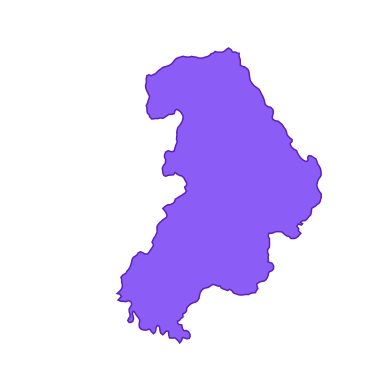 Gouveia, Minas Gerais, Brazil (Natural Earth projection), rotated 328°
{"feature_id": "56859067B21802883811308", "entity_name": "Gouveia", "entity_type": "district", "adm_level": 2, "iso_a3": "BRA", "parent_name": "Brazil", "parent_adm1": "Minas Gerais", "projection": "natural_earth1", "projection_center": [-43.859, -18.506], "detail": "fine", "context": "isolated", "style": "filled", "palette": "violet", "viewbox_px": 384, "rotation_deg": 328, "n_neighbors": 0, "source": "geoboundaries", "source_scale": "gbopen_adm2", "svg_char_len": 5197}
<svg xmlns="http://www.w3.org/2000/svg" viewBox="0 0 384 384"><g transform="rotate(328 192 192)"><path d="M272.6,276.2L275.2,275.9L278.1,274.8L280.7,274.2L282.6,272.1L284.9,269.3L287.4,269.3L289.3,269.4L291.3,268.9L293.6,268.9L295.4,268.1L297.0,266.6L299.2,264.5L300.6,261.8L300.3,258.9L300.4,256.7L300.6,254.4L301.6,252.1L303.2,250.5L305.1,248.8L307.0,247.8L308.8,247.2L310.4,246.1L311.9,243.8L313.2,240.6L313.6,237.7L313.4,234.8L314.2,231.8L314.6,229.6L313.5,227.4L312.4,224.8L310.3,223.0L308.5,223.9L307.4,226.3L305.6,226.9L304.1,225.6L303.0,223.4L302.2,220.4L301.9,217.0L302.2,214.7L302.6,212.3L301.3,210.0L300.3,206.9L300.3,204.1L301.5,202.5L303.4,202.4L304.7,200.5L303.5,197.7L302.9,193.8L304.0,191.1L304.4,188.6L304.2,185.3L304.2,182.5L303.5,180.5L302.7,177.8L300.3,175.6L299.1,173.1L299.6,171.1L301.3,169.5L303.1,167.7L304.3,165.0L303.7,162.0L301.6,159.9L300.4,156.8L301.4,153.9L302.2,151.2L302.7,148.5L302.9,144.9L303.2,142.8L303.2,140.3L302.1,137.6L301.0,135.0L300.6,132.3L300.4,129.0L301.1,126.5L301.9,124.7L302.8,122.9L303.7,120.8L304.4,118.4L303.9,116.1L303.0,113.9L301.4,112.3L300.2,110.2L301.8,107.5L303.1,105.1L303.9,101.6L305.5,99.3L304.0,98.2L303.0,96.3L300.6,94.9L300.5,91.9L299.4,89.3L296.8,89.3L293.7,89.8L291.5,89.4L289.5,88.0L287.2,86.5L286.0,85.0L283.8,85.6L281.5,84.8L279.6,85.5L277.4,85.4L274.9,84.7L272.8,84.2L271.0,83.5L268.7,82.0L267.2,80.0L265.2,78.4L263.4,76.7L261.1,76.1L258.7,74.5L256.1,72.0L253.7,71.5L251.6,70.8L249.6,70.5L247.7,70.8L245.5,71.6L242.9,72.5L239.7,72.6L236.4,71.8L233.4,70.8L230.8,71.2L228.7,71.2L226.3,71.7L223.9,72.3L221.7,72.0L219.1,71.8L217.6,69.8L215.4,69.4L213.2,71.7L211.3,75.0L209.0,77.1L207.8,79.7L207.3,82.5L206.9,85.4L206.8,88.0L205.5,89.6L203.6,91.0L201.4,93.0L198.9,94.6L198.4,96.7L197.1,98.9L196.0,101.4L196.5,103.6L196.0,106.3L196.5,108.8L198.5,109.7L200.7,110.8L202.3,111.9L204.1,112.2L206.5,114.1L208.8,114.2L211.2,114.1L213.7,113.9L215.6,115.3L218.4,116.1L220.6,114.1L222.7,113.7L224.3,116.4L224.9,119.1L224.7,123.0L222.9,125.3L221.3,126.8L219.0,128.0L216.6,129.2L214.4,129.7L212.4,131.4L210.6,133.4L209.6,135.5L208.1,137.3L206.7,139.2L206.3,141.3L204.4,142.8L202.5,144.2L200.9,145.7L198.6,147.8L196.2,147.2L194.9,145.8L193.5,144.3L190.9,144.2L188.3,146.0L187.1,148.0L186.8,150.8L184.3,153.7L182.0,154.3L179.5,156.0L178.2,158.6L177.4,160.5L176.9,162.6L177.9,164.7L180.7,165.2L182.9,166.3L185.4,167.6L188.1,166.5L188.9,169.2L190.3,171.5L192.0,173.1L192.6,176.0L192.3,178.8L192.2,181.6L190.6,183.7L188.4,183.8L187.9,185.9L187.8,188.1L185.8,189.2L183.4,189.2L181.5,189.4L178.9,189.2L176.3,189.3L174.0,189.2L172.2,190.9L169.8,191.6L167.1,191.3L164.9,190.1L162.9,189.9L160.7,190.1L158.5,190.5L158.9,192.8L159.0,195.4L158.5,198.5L156.9,200.0L154.5,200.1L151.9,200.2L149.8,200.7L147.9,201.0L146.0,201.7L143.9,202.8L142.4,205.4L141.4,207.3L139.5,208.7L137.3,210.1L135.4,210.8L133.4,212.1L131.5,213.3L131.6,215.8L130.1,217.4L128.3,218.2L126.2,219.1L123.7,220.3L121.1,220.9L119.2,219.5L118.1,217.4L116.5,215.3L113.9,215.2L112.0,216.2L109.8,216.4L107.9,216.3L106.1,217.0L103.9,219.1L102.0,221.0L100.3,222.3L97.6,223.9L94.8,224.7L92.6,226.0L89.5,225.7L86.6,226.6L85.9,229.0L84.6,231.2L83.8,233.7L82.4,235.8L80.2,237.2L77.6,237.9L74.7,238.4L76.5,240.2L76.9,243.1L74.7,243.7L72.0,244.5L73.9,247.1L75.7,248.3L77.5,249.8L80.7,250.5L82.2,253.4L81.1,255.5L79.1,256.7L76.6,257.9L75.2,260.6L74.5,263.2L73.3,264.9L71.5,265.6L69.4,266.9L69.6,269.5L71.3,270.2L73.1,270.4L75.1,268.8L76.2,266.6L76.9,263.7L78.7,261.9L79.8,263.6L79.5,265.6L79.7,268.4L80.0,271.2L79.6,273.2L78.3,274.7L76.9,276.4L75.7,278.9L76.1,281.3L77.8,283.3L79.5,284.6L81.4,285.2L83.5,286.0L83.5,288.7L84.2,291.7L86.3,291.4L88.0,290.1L89.8,287.8L92.0,286.9L93.1,288.6L92.2,291.0L91.2,293.0L90.7,295.1L91.6,297.6L94.0,297.2L96.2,296.2L98.2,297.9L96.4,301.1L95.6,303.9L97.9,305.5L100.4,306.9L101.3,310.3L101.6,313.5L104.1,312.6L106.8,310.4L108.5,311.9L109.9,313.9L112.1,314.6L113.8,313.6L114.9,311.5L114.9,308.4L113.7,306.3L111.8,305.6L111.5,302.7L112.9,299.3L110.9,297.7L110.2,295.8L111.4,293.9L113.3,294.3L115.3,293.4L118.0,293.3L119.7,290.5L122.2,290.7L124.2,290.0L126.4,287.4L129.6,286.5L132.2,286.3L134.9,286.6L136.8,287.3L139.0,287.1L141.5,286.0L143.1,284.2L145.4,281.9L147.9,280.5L150.1,280.1L152.6,280.5L155.3,281.6L158.2,281.4L160.9,281.4L162.7,283.6L164.1,285.5L166.0,286.6L166.0,289.1L167.1,290.7L168.5,292.5L170.1,294.5L172.1,294.3L173.5,296.5L173.7,299.7L175.6,302.0L177.4,304.2L178.9,305.3L181.4,306.6L183.7,307.6L185.5,308.9L188.0,309.0L189.9,309.7L192.5,311.0L194.3,309.7L196.6,308.9L197.3,306.6L197.8,304.6L199.7,304.1L202.1,304.3L203.9,304.8L205.8,305.7L208.2,305.6L210.9,304.2L212.7,302.8L214.2,301.0L215.9,300.7L218.0,301.1L220.2,300.5L221.9,298.3L222.2,295.0L220.7,293.0L219.4,291.4L220.9,290.1L221.7,288.0L223.6,286.0L224.2,283.1L225.5,281.0L228.3,279.9L230.1,277.3L231.2,275.4L232.8,272.9L233.3,269.6L235.2,267.7L237.1,268.9L238.8,269.6L241.5,269.9L243.8,271.1L245.3,272.2L247.1,273.5L247.8,276.1L248.9,279.3L250.8,281.1L251.2,283.8L254.2,285.7L256.0,286.1L258.3,286.0L260.2,285.3L262.4,284.8L261.6,281.6L263.0,279.6L262.7,276.7L265.2,275.5L267.2,278.0L268.9,277.6L267.8,275.3L270.5,274.9L272.6,276.2Z" fill="#8b5cf6" stroke="#5b21b6" stroke-width="1.5"/></g></svg>